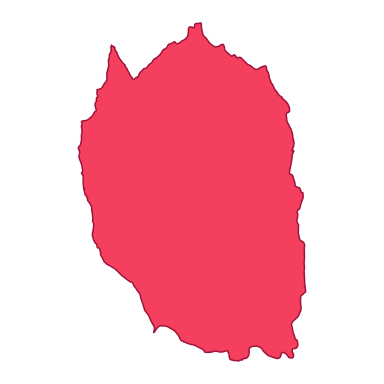 San Antonio Del Tequendama, Cundinamarca, Colombia (Equal Earth projection)
{"feature_id": "7082276B32328696535418", "entity_name": "San Antonio Del Tequendama", "entity_type": "district", "adm_level": 2, "iso_a3": "COL", "parent_name": "Colombia", "parent_adm1": "Cundinamarca", "projection": "equal_earth", "projection_center": [-74.349, 4.601], "detail": "fine", "context": "isolated", "style": "filled", "palette": "rose", "viewbox_px": 384, "rotation_deg": 0, "n_neighbors": 0, "source": "geoboundaries", "source_scale": "gbopen_adm2", "svg_char_len": 5861}
<svg xmlns="http://www.w3.org/2000/svg" viewBox="0 0 384 384"><path d="M291.2,129.9L290.3,127.7L289.7,127.0L289.0,125.3L287.4,122.3L286.7,120.3L286.7,118.1L286.1,114.9L286.6,113.4L287.3,112.7L288.2,112.5L289.5,111.4L289.6,110.7L289.4,107.4L288.0,104.3L287.0,102.7L284.7,100.4L282.6,98.6L281.8,97.1L279.5,95.6L278.2,94.0L276.4,91.2L275.1,90.2L274.7,89.1L273.6,87.1L272.6,84.6L271.3,83.0L270.4,80.4L269.4,78.2L268.9,74.9L268.3,72.8L266.7,69.8L266.2,66.7L265.4,65.9L264.3,66.0L260.8,67.3L259.0,68.3L257.7,69.2L256.4,69.5L255.3,69.2L253.0,67.9L251.8,66.6L249.7,65.3L248.1,64.7L246.7,63.5L241.3,58.0L240.3,57.4L238.6,57.4L237.2,58.0L236.5,57.5L236.3,56.9L235.9,56.3L235.2,55.6L234.7,54.9L233.8,54.9L233.0,55.5L231.6,56.2L229.5,54.6L225.3,50.8L224.5,48.9L224.4,47.0L223.4,44.6L222.5,44.4L221.3,44.6L219.9,45.6L217.8,46.6L215.7,46.9L213.6,46.2L210.9,44.2L208.8,42.0L206.1,38.2L203.2,35.3L202.1,31.2L201.5,28.1L201.2,23.2L200.3,23.0L197.3,23.6L195.5,23.6L194.8,24.5L194.5,26.0L194.4,27.3L193.6,27.8L192.4,27.3L190.5,26.9L189.4,27.1L188.5,28.3L188.3,33.2L187.6,36.3L186.6,37.7L184.5,39.6L183.6,40.2L182.3,40.6L181.4,41.3L180.5,42.2L178.0,43.6L177.1,43.8L176.1,43.4L175.6,42.9L175.2,42.2L174.6,41.8L174.2,41.7L173.4,42.4L171.5,43.4L169.0,44.2L167.8,45.3L167.3,46.7L166.6,47.8L164.7,49.1L163.9,49.3L163.3,49.7L160.2,54.5L156.0,58.2L154.4,58.8L153.5,59.7L152.1,62.1L151.3,63.1L150.5,63.5L149.1,64.5L147.5,66.7L146.6,67.8L145.2,68.4L143.7,68.8L142.6,69.9L141.5,71.2L140.2,72.3L139.8,73.0L138.5,75.7L137.3,77.6L136.5,77.3L135.3,78.1L134.1,79.4L133.1,79.4L132.5,78.8L132.2,77.9L130.9,76.3L130.0,74.7L128.1,71.2L126.7,68.2L125.7,67.1L125.2,66.3L125.1,65.4L124.8,64.6L123.8,64.0L122.6,62.9L121.7,61.5L119.2,58.0L118.1,55.9L116.8,52.5L116.3,51.4L115.2,50.4L115.0,49.6L114.9,48.2L114.7,47.5L114.0,46.6L112.8,46.4L111.5,45.3L111.3,45.7L111.0,46.8L110.9,47.6L111.1,49.2L111.0,51.7L110.6,52.7L109.5,54.0L109.2,58.0L108.6,59.3L108.4,60.6L108.4,61.8L108.7,63.5L108.6,66.5L107.8,69.5L106.9,72.8L106.9,78.3L106.7,80.2L106.2,81.3L104.0,84.1L102.5,86.9L101.8,87.9L101.1,88.5L98.3,89.5L97.2,89.6L97.0,90.5L97.3,91.8L97.0,92.3L96.9,93.4L97.0,94.1L97.5,95.2L97.6,96.5L97.4,97.0L96.7,97.7L96.3,98.6L96.5,101.2L96.3,101.6L95.6,102.3L95.2,103.4L95.1,105.5L95.4,107.0L96.2,109.7L96.3,110.6L94.9,111.6L94.0,112.9L93.5,114.1L92.4,115.8L91.5,116.7L89.9,118.0L88.7,119.2L87.4,120.0L85.8,120.5L83.3,120.7L82.1,121.2L81.4,121.9L81.6,122.7L82.1,123.3L82.1,124.4L81.6,125.4L81.4,126.4L82.0,130.1L82.0,132.1L81.4,135.1L81.4,136.7L81.5,139.8L81.3,141.2L80.5,144.6L79.0,146.6L78.4,147.2L78.3,148.6L79.2,150.4L79.7,152.4L78.9,157.1L81.8,165.1L82.6,169.9L82.7,171.5L81.4,173.0L82.9,175.5L83.0,175.4L83.2,179.1L83.2,183.4L83.7,189.0L84.3,188.8L84.2,190.6L84.6,191.9L84.8,193.5L85.0,194.4L85.3,194.4L86.1,195.8L87.3,198.2L87.7,199.5L87.4,199.9L90.7,204.9L91.6,206.9L91.8,211.1L92.4,213.6L92.6,216.8L92.9,218.1L92.7,221.0L92.8,221.9L93.6,223.5L93.7,224.5L93.7,225.8L93.4,227.1L93.5,228.0L92.3,234.4L92.4,235.9L93.2,238.1L93.4,239.3L93.7,240.3L94.5,241.3L94.7,242.2L95.4,243.2L96.5,244.2L97.0,245.1L97.1,247.0L97.3,247.5L97.8,248.0L98.7,248.0L99.3,248.2L99.7,248.9L100.4,251.8L100.6,254.4L101.3,256.2L102.4,257.9L104.0,261.5L104.5,261.8L106.1,263.5L107.7,264.8L108.9,265.1L110.2,265.8L112.4,267.4L114.4,268.4L116.6,270.3L119.2,273.0L122.6,276.3L123.5,276.9L124.0,276.9L124.6,277.7L128.9,281.0L130.5,281.8L132.4,282.6L133.3,284.2L134.2,286.3L135.2,287.4L137.5,290.8L139.1,292.8L140.1,294.5L141.0,298.7L143.0,304.4L144.6,309.9L145.0,310.8L146.6,312.7L148.8,315.6L149.4,317.3L151.1,321.2L151.7,322.4L152.4,323.3L154.0,326.4L154.4,327.5L154.4,329.8L153.8,331.5L153.6,333.0L155.5,330.4L156.7,328.5L158.6,326.6L160.3,325.8L165.4,326.0L167.8,326.8L171.1,328.7L172.7,329.5L174.9,331.1L178.1,335.0L180.7,340.0L182.2,341.1L184.2,342.0L189.4,344.0L194.4,345.1L200.5,348.3L201.8,348.7L202.8,349.4L205.0,352.2L206.5,352.4L207.9,352.4L211.7,352.1L214.5,351.1L216.6,351.2L218.9,351.9L221.2,352.0L223.8,351.7L226.9,350.6L227.6,351.2L228.7,353.5L229.1,354.8L229.4,357.5L229.8,358.9L230.4,359.6L234.3,360.6L236.9,360.6L238.5,361.0L240.7,359.9L241.0,359.6L241.5,360.0L241.9,360.1L242.8,359.5L243.3,358.9L243.3,358.5L243.6,358.4L245.4,358.5L246.5,358.1L247.1,357.7L248.4,355.9L249.1,353.4L249.2,348.7L249.5,348.1L251.1,346.8L252.2,346.5L255.5,346.0L257.5,346.2L259.1,347.0L260.1,347.3L261.7,348.5L263.5,351.3L267.0,354.7L268.8,355.9L270.5,356.3L273.3,357.5L276.4,358.4L277.9,358.5L279.1,358.0L280.2,357.2L280.6,356.2L281.2,354.0L281.7,353.0L282.1,352.5L282.6,352.3L283.5,352.5L286.2,353.9L288.9,357.5L290.5,357.9L292.4,357.9L293.2,357.2L293.6,356.2L293.6,355.0L293.5,354.4L292.9,353.0L292.2,351.7L292.3,349.7L292.6,349.1L292.9,348.8L295.8,348.3L296.8,347.5L297.5,346.5L297.9,344.6L297.5,341.6L297.0,340.2L295.6,339.2L295.1,338.5L294.5,336.1L293.0,332.0L292.6,329.3L291.9,326.6L291.5,324.0L292.0,322.7L292.7,321.5L297.7,317.0L298.7,315.5L299.0,314.7L300.9,310.2L301.0,309.5L301.0,306.9L300.9,305.7L300.5,303.6L300.6,298.3L300.8,296.1L305.7,291.7L305.0,285.6L304.6,283.4L304.6,280.2L304.2,272.4L304.1,271.1L304.5,267.4L304.1,263.4L304.3,259.9L304.5,258.9L304.3,247.8L304.4,246.9L304.7,246.2L304.6,245.1L304.3,243.7L303.6,242.5L302.7,241.6L300.8,240.7L299.8,239.5L299.4,238.3L298.3,233.0L298.4,227.8L298.6,226.0L298.4,224.5L297.1,222.3L296.8,220.9L297.7,216.1L297.7,213.8L297.2,212.4L297.1,211.4L297.6,210.5L298.3,209.7L299.5,209.1L301.4,202.2L302.7,199.1L303.1,197.1L303.1,195.1L302.9,192.9L302.5,192.6L301.3,192.4L300.1,188.8L299.3,187.8L296.5,186.9L295.4,186.0L295.1,185.2L294.7,182.0L293.6,178.9L293.0,176.3L292.2,175.0L291.2,174.4L289.9,174.1L289.5,173.7L289.5,172.4L289.8,170.0L290.8,165.2L291.7,159.9L292.4,154.2L293.8,151.3L293.7,150.8L293.3,150.7L292.4,151.1L292.1,150.8L292.2,150.2L292.9,148.4L293.4,146.7L294.0,143.5L293.8,141.2L292.9,137.7L292.4,133.5L291.2,129.9Z" fill="#f43f5e" stroke="#9f1239" stroke-width="1.5"/></svg>